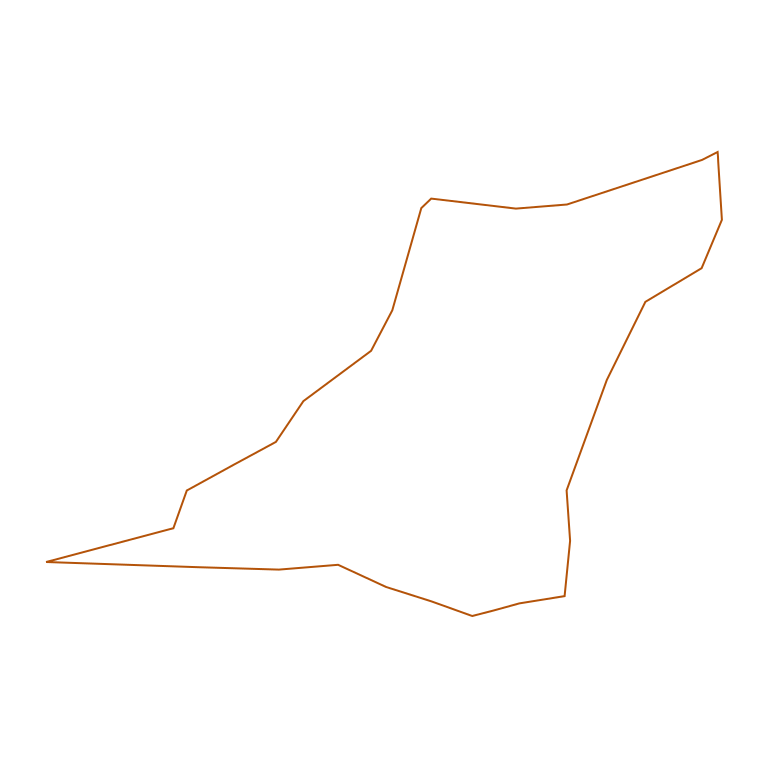 the Municipality of Az Zawiyah
{"feature_id": "LBY-2975", "entity_name": "Az Zawiyah", "entity_type": "Municipality", "adm_level": 1, "iso_a3": "LBY", "parent_name": "Libya", "parent_adm1": "", "projection": "equal_earth", "projection_center": [12.658, 32.555], "detail": "fine", "context": "isolated", "style": "outline", "palette": "amber", "viewbox_px": 768, "rotation_deg": 0, "n_neighbors": 0, "source": "natural_earth", "source_scale": "10m", "svg_char_len": 546}
<svg xmlns="http://www.w3.org/2000/svg" viewBox="0 0 768 768"><path d="M431.2,198.6L515.9,208.6L567.0,204.5L702.1,159.9L717.6,152.0L718.0,156.8L718.2,161.6L721.9,219.8L703.3,264.2L701.6,268.2L645.4,301.8L621.8,349.6L606.8,380.0L566.6,490.4L570.1,540.8L564.6,596.1L519.3,603.4L493.6,610.5L472.2,616.0L431.5,601.4L386.1,587.0L338.1,564.8L278.9,569.6L198.1,567.2L46.1,562.0L173.4,528.2L186.8,490.5L233.6,464.8L275.9,441.9L303.4,401.1L371.1,350.8L392.3,310.3L421.3,208.1L431.2,198.6L431.2,198.6Z" fill="none" stroke="#b45309" stroke-width="2"/></svg>